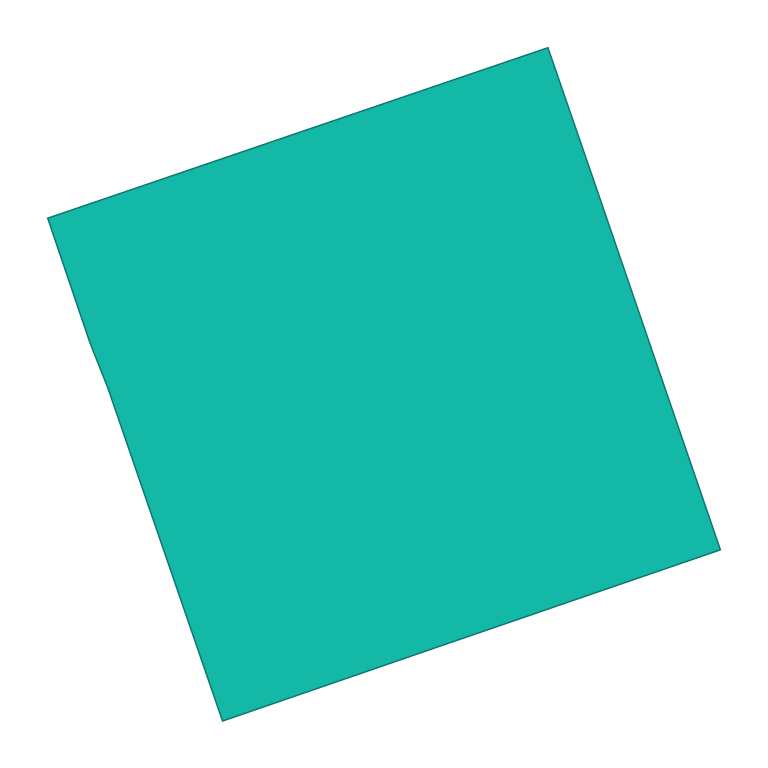 outline of McCook, South Dakota, United States of America, rotated 341°
{"feature_id": "52423323B83837312617941", "entity_name": "McCook", "entity_type": "district", "adm_level": 2, "iso_a3": "USA", "parent_name": "United States of America", "parent_adm1": "South Dakota", "projection": "mercator", "projection_center": [-97.372, 43.674], "detail": "fine", "context": "isolated", "style": "filled", "palette": "teal", "viewbox_px": 768, "rotation_deg": 341, "n_neighbors": 0, "source": "geoboundaries", "source_scale": "gbopen_adm2", "svg_char_len": 291}
<svg xmlns="http://www.w3.org/2000/svg" viewBox="0 0 768 768"><g transform="rotate(341 384 384)"><path d="M648.1,650.3L648.6,252.1L648.5,119.4L383.5,118.5L120.0,117.7L119.4,249.8L121.6,297.5L121.6,650.1L348.3,650.1L648.1,650.3Z" fill="#14b8a6" stroke="#0f766e" stroke-width="1.5"/></g></svg>